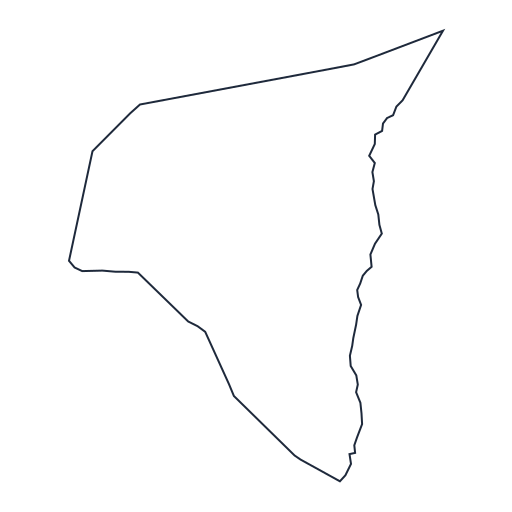 Umarizal, Rio Grande do Norte, Brazil (Equal Earth projection)
{"feature_id": "56859067B79675965708258", "entity_name": "Umarizal", "entity_type": "district", "adm_level": 2, "iso_a3": "BRA", "parent_name": "Brazil", "parent_adm1": "Rio Grande do Norte", "projection": "equal_earth", "projection_center": [-37.803, -6.001], "detail": "fine", "context": "isolated", "style": "outline", "palette": "slate", "viewbox_px": 512, "rotation_deg": 0, "n_neighbors": 0, "source": "geoboundaries", "source_scale": "gbopen_adm2", "svg_char_len": 923}
<svg xmlns="http://www.w3.org/2000/svg" viewBox="0 0 512 512"><path d="M362.1,424.1L361.5,413.4L360.4,402.8L356.1,392.2L357.8,384.6L356.3,375.4L350.7,366.0L349.9,355.7L352.2,345.9L353.3,338.1L356.1,324.7L357.4,315.9L361.1,304.9L358.1,297.0L357.2,290.0L360.2,283.5L362.8,275.7L366.8,270.9L371.6,266.8L370.4,254.5L375.0,243.7L381.8,233.6L379.4,224.8L378.3,214.5L375.3,205.1L372.5,189.0L373.9,181.2L372.4,172.1L374.8,163.0L369.2,155.8L374.8,144.0L375.1,134.6L382.1,130.9L383.0,123.5L387.1,118.0L393.1,115.2L396.4,106.6L402.6,100.3L443.0,30.7L372.1,57.6L354.0,64.4L306.3,73.4L140.0,104.5L130.3,113.2L92.5,151.2L69.0,260.8L74.6,267.5L82.2,271.1L102.4,270.6L115.1,271.7L128.8,271.8L137.9,272.6L188.2,321.5L197.6,326.2L205.2,331.8L229.0,384.2L233.9,396.0L294.6,455.5L300.6,459.6L339.9,481.3L345.4,475.3L351.0,463.9L349.5,454.1L355.1,452.9L354.3,445.3L357.0,437.5L362.1,424.1Z" fill="none" stroke="#1e293b" stroke-width="2"/></svg>